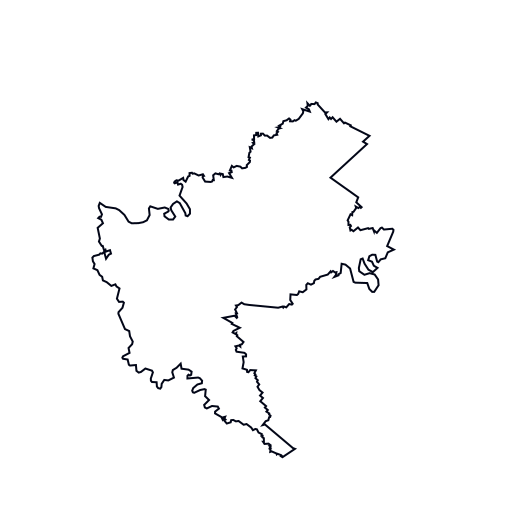 Pánuco, Veracruz, Mexico, rotated 220°
{"feature_id": "50627088B51457701094932", "entity_name": "Pánuco", "entity_type": "district", "adm_level": 2, "iso_a3": "MEX", "parent_name": "Mexico", "parent_adm1": "Veracruz", "projection": "mercator", "projection_center": [-98.304, 22.081], "detail": "fine", "context": "isolated", "style": "outline", "palette": "ink", "viewbox_px": 512, "rotation_deg": 220, "n_neighbors": 0, "source": "geoboundaries", "source_scale": "gbopen_adm2", "svg_char_len": 6146}
<svg xmlns="http://www.w3.org/2000/svg" viewBox="0 0 512 512"><g transform="rotate(220 256 256)"><path d="M102.2,133.3L104.3,132.6L140.8,132.7L142.2,130.7L142.4,135.7L141.0,138.1L142.3,141.0L141.7,141.8L142.2,143.0L144.1,143.0L144.6,143.9L148.0,143.5L148.0,145.6L151.8,145.6L151.8,147.5L159.4,147.5L159.4,151.7L163.2,151.7L163.2,155.6L167.1,155.5L170.8,156.8L171.0,159.7L174.4,160.3L174.8,162.0L177.9,162.1L178.3,164.0L180.2,163.8L180.3,164.9L181.9,165.1L182.6,168.3L187.1,164.9L187.1,162.1L188.3,161.5L189.8,163.0L194.1,161.2L197.2,166.7L201.5,170.5L199.1,172.7L200.4,174.3L202.6,174.4L209.4,170.2L211.1,171.1L211.5,172.9L213.7,173.6L211.6,176.4L209.8,176.5L211.1,177.8L210.1,179.3L210.3,182.1L219.1,182.2L219.4,183.3L220.8,183.2L221.6,184.3L221.9,183.0L224.8,182.4L225.1,184.1L222.3,190.6L230.9,188.4L231.1,189.5L241.3,187.6L234.0,196.5L231.0,196.2L231.0,197.0L234.6,199.1L233.8,199.9L237.6,201.6L237.8,204.7L239.5,205.2L238.0,207.0L237.1,211.0L234.0,211.5L229.8,214.1L205.8,230.6L203.2,234.3L202.0,234.0L202.1,235.3L199.8,236.1L199.7,240.5L197.3,241.8L197.2,243.0L201.5,244.3L204.9,248.8L199.6,252.4L199.3,254.1L200.2,256.7L196.9,258.3L195.9,262.8L198.9,266.2L198.8,268.4L195.5,269.4L194.2,272.4L195.4,274.5L195.3,276.3L193.4,278.7L193.5,281.3L189.1,287.9L189.0,292.2L187.9,291.8L187.4,294.0L184.9,294.2L184.0,295.3L182.6,292.8L182.5,290.4L180.4,294.2L181.1,294.8L180.2,297.4L185.4,305.1L181.9,306.9L175.9,306.9L164.6,298.9L162.8,299.4L153.4,306.8L148.0,303.6L143.9,303.2L142.4,304.5L143.3,312.4L147.4,316.5L153.2,318.1L157.9,315.9L160.9,311.3L167.1,310.7L169.5,312.9L173.7,320.8L172.7,322.6L167.9,319.9L161.1,317.8L156.1,318.8L155.3,325.0L159.5,324.3L163.5,326.2L167.4,324.9L169.0,328.7L167.8,331.7L165.3,333.6L159.6,329.6L158.3,329.9L158.3,333.6L155.5,337.4L157.4,343.5L154.5,349.5L161.9,347.9L166.5,362.8L167.5,364.4L169.1,364.5L175.0,358.5L177.8,358.7L178.5,357.4L178.3,351.4L181.8,351.5L181.3,350.6L184.6,352.4L187.0,349.3L188.0,349.4L192.6,342.9L196.2,343.4L197.3,337.6L199.7,337.5L200.1,336.3L202.6,338.2L202.5,340.0L203.8,340.5L205.1,339.2L207.2,341.7L208.7,342.2L210.4,348.7L208.6,349.1L210.4,351.6L209.7,352.5L210.1,357.1L211.4,358.0L208.4,358.5L208.0,360.5L206.6,360.3L206.5,361.3L213.7,361.6L215.4,366.6L249.3,363.9L242.9,413.1L247.5,412.4L246.3,421.0L267.1,416.0L267.4,417.0L273.6,415.4L273.9,414.2L279.8,415.1L280.7,410.6L286.5,411.5L286.6,409.2L288.6,409.5L288.5,407.4L294.1,409.3L293.9,411.7L295.5,410.3L306.1,411.7L307.0,412.7L308.9,412.1L308.8,410.0L311.4,408.0L311.2,405.9L310.4,405.6L314.8,406.1L312.9,404.4L313.1,401.8L309.8,402.4L307.6,401.2L315.0,398.2L312.8,397.3L311.8,395.4L311.4,388.5L312.5,385.2L313.8,384.8L314.3,382.8L316.5,381.1L317.3,382.6L319.1,382.6L319.8,379.6L321.7,376.9L320.6,374.6L322.0,370.8L320.8,371.0L320.6,370.0L321.8,368.6L319.7,369.3L320.5,368.1L320.3,365.1L319.0,365.2L319.2,363.2L317.7,362.5L319.9,359.8L319.6,357.2L321.2,355.5L324.8,355.4L326.6,353.9L329.3,354.2L330.9,352.8L329.8,351.6L331.1,349.1L333.7,351.7L335.0,350.5L333.6,348.7L335.1,347.1L332.5,344.2L334.2,342.5L332.0,343.3L330.5,342.0L331.1,340.7L329.3,340.7L329.8,336.9L328.4,335.9L330.6,335.3L327.2,332.4L327.4,330.8L325.2,326.9L323.9,327.4L323.2,325.0L321.9,325.2L321.1,324.0L321.5,319.7L320.2,318.4L320.8,316.7L323.0,314.2L325.4,314.4L328.7,312.6L330.1,309.5L332.4,309.5L331.0,304.8L329.7,305.6L328.5,304.6L329.9,302.2L324.7,300.4L329.1,298.4L331.7,295.5L334.1,297.4L335.4,296.7L335.2,295.2L336.9,295.9L337.3,294.5L340.2,293.2L340.7,290.3L337.1,287.0L338.0,286.4L337.5,285.0L338.3,283.6L342.8,280.3L347.3,281.8L348.1,283.0L347.4,283.9L349.2,284.5L351.7,280.8L356.4,279.6L357.5,278.3L358.6,278.6L360.2,276.8L358.4,274.7L359.1,273.3L357.7,267.7L360.4,267.6L362.0,269.0L363.8,263.9L365.6,262.9L366.2,260.7L365.8,259.5L365.0,259.4L363.5,261.9L361.6,260.6L360.1,263.0L358.4,263.1L356.6,261.7L353.4,253.1L342.9,251.6L336.7,249.4L333.8,246.0L334.0,242.5L335.9,241.8L337.7,243.4L348.4,247.5L351.7,247.0L353.0,242.6L352.6,238.3L350.4,236.6L343.2,234.3L343.0,230.6L346.2,227.9L351.6,227.6L353.5,229.4L351.9,233.3L351.9,234.5L353.4,235.7L357.1,234.5L361.5,229.0L368.9,226.1L368.6,223.6L363.8,219.0L362.5,213.2L364.2,209.3L367.2,205.6L372.2,201.2L375.7,200.4L383.2,202.9L390.3,203.2L394.1,202.3L402.7,197.0L409.8,196.3L408.7,193.2L406.9,191.7L400.8,188.9L399.9,186.4L401.1,185.5L401.2,183.6L397.8,184.4L394.3,182.7L395.4,175.8L386.8,169.0L385.6,166.1L380.7,164.6L379.9,165.2L375.5,162.4L375.3,164.0L373.8,162.9L371.6,166.6L368.6,164.6L369.6,162.4L369.1,157.5L375.0,161.6L375.4,158.9L376.9,158.0L377.0,156.2L380.2,151.7L380.3,149.6L377.5,147.1L374.5,146.1L372.6,142.0L368.4,143.2L363.7,141.0L360.5,141.2L357.6,138.9L353.6,140.0L347.6,140.1L345.5,143.9L343.3,143.0L339.7,143.4L335.1,133.9L331.4,132.8L328.7,135.4L327.2,135.3L325.0,130.5L325.2,124.6L324.3,123.3L309.4,115.8L304.9,117.0L300.9,113.5L295.4,111.2L294.2,108.8L294.5,103.6L290.6,100.5L293.4,93.7L293.0,92.2L291.8,91.8L287.8,94.2L283.5,91.0L282.1,91.1L277.9,95.3L273.8,91.2L270.9,91.3L269.6,93.2L268.4,98.7L262.0,101.3L260.2,100.6L257.8,94.5L256.3,92.9L254.7,92.6L251.0,95.4L248.0,92.3L246.0,91.9L244.1,92.8L244.2,94.7L246.1,97.5L246.6,102.1L243.2,104.3L240.7,110.1L245.4,113.1L246.4,115.2L245.0,119.3L244.5,125.1L240.6,121.8L234.6,125.6L231.0,126.0L229.3,123.3L229.8,122.0L231.4,121.7L231.5,120.2L229.8,118.1L222.2,125.7L220.4,126.3L217.1,125.8L215.7,123.7L218.3,119.9L219.2,114.5L218.3,111.8L216.7,111.0L215.4,111.5L212.6,117.5L209.9,120.9L208.6,121.3L204.9,115.9L199.4,115.5L200.0,108.6L197.8,107.1L195.7,107.6L193.3,112.8L188.5,116.1L186.3,115.2L187.3,110.5L186.2,109.1L179.0,110.4L177.0,109.5L177.7,111.0L176.3,113.0L175.8,111.3L174.4,111.1L175.4,109.7L170.7,108.9L168.5,112.3L169.5,114.3L168.0,115.8L165.1,116.4L163.3,118.4L157.0,118.8L155.2,121.2L149.4,121.5L146.4,120.6L145.3,123.1L143.9,123.8L140.6,122.4L137.1,123.3L136.3,121.8L135.4,122.5L134.6,121.2L132.9,121.5L130.4,118.6L131.0,118.2L128.7,117.5L125.8,120.3L123.6,120.4L123.8,119.3L122.5,119.6L122.2,118.2L121.3,118.2L121.6,117.0L120.4,116.9L119.2,115.1L118.4,116.4L113.3,117.9L112.6,117.4L112.4,118.3L108.7,119.6L107.6,119.5L107.9,118.7L106.4,118.9L102.2,133.3Z" fill="none" stroke="#020617" stroke-width="2"/></g></svg>